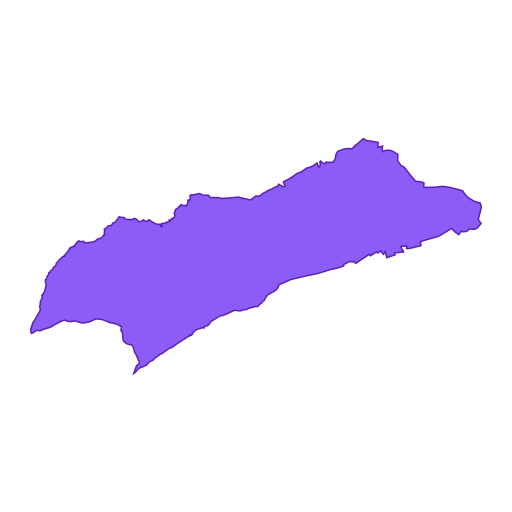 outline of Sancraieni, Harghita, Romania
{"feature_id": "2599482B65024630890924", "entity_name": "Sancraieni", "entity_type": "district", "adm_level": 2, "iso_a3": "ROU", "parent_name": "Romania", "parent_adm1": "Harghita", "projection": "albers", "projection_center": [25.771, 46.297], "detail": "fine", "context": "isolated", "style": "filled", "palette": "violet", "viewbox_px": 512, "rotation_deg": 0, "n_neighbors": 0, "source": "geoboundaries", "source_scale": "gbopen_adm2", "svg_char_len": 6025}
<svg xmlns="http://www.w3.org/2000/svg" viewBox="0 0 512 512"><path d="M133.7,373.4L135.1,372.5L136.6,370.9L137.1,370.1L138.3,369.0L141.1,367.1L142.2,367.1L146.4,365.2L149.6,361.6L151.5,360.9L152.8,360.2L153.6,359.6L154.9,358.0L156.9,356.8L159.7,354.6L162.6,353.1L169.5,348.1L171.7,347.6L177.1,343.7L188.4,336.4L188.7,335.7L189.1,335.5L189.3,336.0L190.8,334.9L191.0,335.3L191.7,335.0L192.6,333.8L192.9,332.8L195.9,329.9L197.2,329.5L198.2,328.9L200.7,328.4L202.6,327.5L203.4,328.0L204.1,328.0L204.8,326.3L207.6,325.7L208.2,324.9L209.0,324.6L209.4,324.0L209.9,322.7L211.2,321.4L219.2,316.4L220.5,315.8L223.1,315.4L227.0,313.8L233.5,310.7L235.2,310.3L239.7,310.9L241.0,310.7L243.8,309.8L246.9,309.4L249.0,308.1L251.2,307.8L252.3,307.2L253.6,307.3L254.6,306.5L255.8,306.4L256.3,306.6L257.7,306.4L258.3,306.1L259.4,304.6L260.8,303.3L261.7,303.0L262.2,301.8L264.1,300.5L265.4,298.2L267.5,295.1L268.5,294.1L269.9,293.8L270.5,293.0L271.4,292.8L271.6,292.5L272.8,291.9L273.9,291.6L274.5,290.7L276.1,290.1L276.9,289.1L277.1,288.4L277.9,287.7L278.3,287.0L278.2,286.7L278.5,286.6L278.8,284.8L290.9,279.5L306.6,275.8L317.3,273.6L331.0,269.4L336.9,268.2L343.8,266.0L343.7,264.2L345.8,263.6L348.8,261.7L350.1,261.5L352.4,262.0L353.7,261.3L355.7,263.4L369.1,254.4L370.4,255.8L376.4,251.9L377.6,253.0L381.2,250.9L382.0,252.8L383.4,254.3L385.2,251.6L386.8,257.7L395.1,254.8L394.7,252.9L403.5,252.0L403.2,250.4L402.4,250.2L400.8,246.4L406.7,245.9L406.5,248.6L406.9,248.6L409.8,248.4L421.0,245.6L420.2,242.2L421.5,241.7L421.4,241.2L437.6,236.6L440.3,235.3L451.7,228.4L455.1,232.1L458.8,234.7L461.1,231.1L462.5,231.8L465.5,231.6L467.4,230.9L469.1,229.2L469.8,229.0L474.4,229.4L477.4,227.9L481.1,223.4L478.9,220.5L478.5,219.3L478.4,218.0L478.9,217.3L479.3,214.9L480.0,213.1L481.3,207.1L481.1,206.2L480.5,203.9L480.0,202.8L476.3,202.0L473.4,200.8L467.8,197.4L466.0,195.5L464.4,193.5L463.2,191.9L462.9,191.0L460.5,190.1L450.3,187.5L443.0,186.4L441.8,186.4L435.2,187.2L423.8,187.4L423.9,182.8L419.5,181.5L415.5,181.4L414.2,179.6L409.8,174.4L404.3,167.4L403.2,166.4L401.3,165.9L397.6,160.5L397.9,154.4L394.5,152.3L391.5,150.8L389.6,150.3L387.5,150.2L386.0,150.4L383.1,151.1L382.5,151.6L382.1,149.4L382.6,146.1L377.8,147.2L378.2,142.4L370.9,141.1L367.9,140.9L365.8,140.2L364.6,139.3L363.3,138.6L357.8,143.5L355.8,144.9L352.0,148.8L348.8,148.5L345.3,148.8L343.1,149.3L338.1,151.2L337.3,151.9L336.4,154.1L336.0,154.5L335.4,157.2L335.3,158.8L332.9,162.3L330.6,162.4L325.9,162.1L325.5,163.5L324.4,163.5L323.0,163.0L322.2,162.5L320.7,161.0L319.7,161.8L320.2,163.0L320.4,164.0L319.8,166.7L319.5,166.6L319.4,167.1L318.1,166.0L317.7,165.1L317.9,165.0L317.6,164.2L317.0,163.0L313.0,165.9L309.5,167.4L306.8,168.0L302.9,170.6L301.4,171.8L296.8,173.6L293.2,176.3L288.9,178.9L283.4,181.8L284.1,184.1L284.9,185.6L284.4,186.6L283.6,186.9L278.5,184.2L277.7,186.4L274.5,187.3L274.1,187.9L273.5,188.3L272.3,188.5L272.0,189.1L270.0,189.6L266.7,191.3L265.5,192.2L263.6,192.9L259.7,195.9L257.5,196.2L256.1,195.9L250.3,200.0L239.1,197.3L238.7,197.1L227.3,198.1L226.6,198.5L226.0,198.1L222.0,198.5L218.7,197.6L210.2,197.5L208.3,195.2L203.9,195.3L200.9,194.2L199.8,193.5L193.8,194.7L191.2,194.9L190.1,195.3L190.0,196.4L190.3,198.0L190.0,199.7L189.5,200.4L188.7,200.0L188.0,200.1L187.6,203.3L187.1,204.5L186.0,205.9L184.1,205.3L183.2,205.5L182.2,205.4L181.2,204.5L180.8,204.8L180.4,205.6L179.5,206.5L179.0,206.5L178.9,207.0L178.4,207.6L175.7,209.4L175.0,210.5L174.8,212.3L174.1,213.4L174.6,214.6L174.8,215.9L174.4,217.0L173.5,217.9L172.4,218.5L171.7,218.5L171.8,219.2L170.7,220.0L169.4,220.0L170.2,221.2L168.8,221.4L167.4,222.3L166.7,222.1L165.6,223.1L162.5,223.3L161.8,223.6L161.1,224.9L161.4,225.4L162.1,225.5L161.6,226.3L161.5,226.7L160.8,226.4L160.5,225.0L160.4,224.2L159.6,224.3L158.9,224.1L158.4,224.5L156.2,224.0L152.4,222.0L148.8,219.7L148.1,220.6L146.3,221.5L143.8,220.4L143.5,219.9L141.5,221.1L139.2,221.8L136.0,218.8L133.7,218.5L132.6,219.4L131.6,219.6L130.2,219.4L130.0,219.8L128.3,219.4L126.6,219.5L124.8,218.6L124.3,217.6L121.2,217.3L119.1,216.8L118.6,217.8L117.4,218.9L117.4,219.5L117.1,220.0L116.3,220.6L115.3,222.2L113.9,222.7L113.2,222.7L112.8,223.7L112.3,223.9L111.2,225.6L108.9,225.6L108.3,226.2L107.5,226.4L107.1,227.0L107.1,227.5L105.1,228.8L104.5,228.9L104.2,229.4L104.6,230.1L104.8,231.0L104.6,231.5L104.2,231.9L104.2,232.6L104.6,233.4L104.6,234.0L104.3,234.3L104.5,234.4L103.7,235.2L103.7,235.7L103.0,235.9L102.8,236.4L101.8,237.6L100.4,238.5L99.9,238.3L99.6,238.6L98.0,238.8L97.1,239.4L95.5,240.9L93.9,241.7L90.5,242.3L90.3,242.5L87.7,242.5L86.5,243.0L84.1,242.2L83.7,241.3L80.4,241.6L78.6,240.9L78.4,241.5L77.5,241.8L76.3,243.0L75.8,244.1L74.6,245.3L74.7,245.8L74.2,246.4L74.0,246.2L73.0,246.4L72.0,247.5L71.3,247.1L70.6,247.9L69.5,248.2L69.3,248.8L69.5,249.6L68.1,250.6L67.8,251.7L66.3,253.1L66.2,253.8L65.6,254.2L65.1,255.0L64.3,255.3L64.7,256.2L62.2,256.9L61.8,257.7L59.2,259.8L57.7,262.0L56.4,263.1L55.7,265.7L55.2,266.2L53.8,266.9L52.5,269.4L50.5,270.9L50.3,272.1L48.9,272.5L48.9,273.7L48.3,275.2L47.3,275.9L46.6,278.9L45.3,279.9L45.4,281.9L45.9,283.6L46.1,285.5L45.4,288.1L45.1,289.8L44.6,290.5L44.7,291.3L43.9,292.8L43.2,293.4L43.3,294.0L43.1,294.4L42.4,294.8L41.8,295.5L42.2,296.2L42.2,297.5L41.5,298.6L41.4,300.1L40.5,301.1L40.2,302.7L40.3,304.5L39.8,305.4L39.7,306.5L40.2,309.5L40.1,310.6L34.8,319.8L32.6,323.2L32.3,324.5L31.3,327.3L30.8,329.5L30.7,330.7L31.3,333.4L33.5,332.6L36.0,330.5L37.1,330.4L39.1,330.8L40.2,330.7L45.0,328.8L50.0,327.4L51.9,326.4L53.6,325.2L61.3,321.2L64.2,320.2L65.1,320.2L67.1,321.1L69.5,321.6L70.8,321.7L74.3,321.0L75.8,321.1L80.7,322.8L83.2,323.0L89.7,321.8L95.4,319.1L98.0,319.0L102.3,319.6L106.7,321.2L108.8,322.3L116.4,324.0L119.3,325.5L121.4,326.9L121.5,327.8L121.0,329.2L120.9,330.2L121.0,330.7L122.0,331.8L122.3,332.5L122.6,334.2L122.7,337.2L123.2,340.2L123.4,340.7L124.1,341.6L125.8,343.2L127.3,344.0L130.0,344.7L131.8,344.9L132.7,345.8L133.7,348.7L134.5,351.9L136.1,354.7L139.2,361.7L139.4,363.1L138.8,363.9L136.7,365.6L136.3,366.3L133.7,373.4Z" fill="#8b5cf6" stroke="#5b21b6" stroke-width="1.5"/></svg>